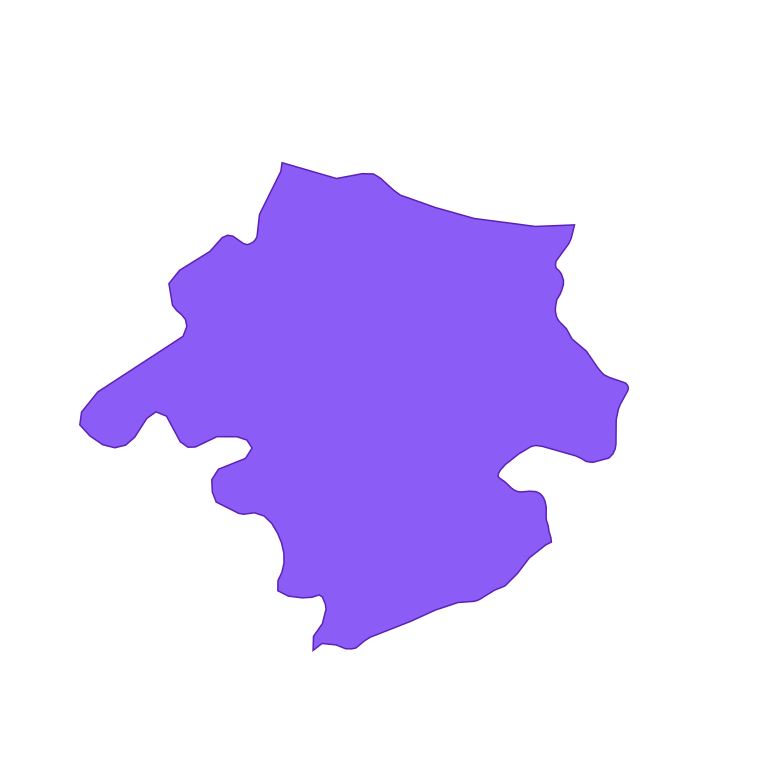 Caserta, Equal Earth projection, rotated 136°
{"feature_id": "ITA-5396", "entity_name": "Caserta", "entity_type": "Province", "adm_level": 1, "iso_a3": "ITA", "parent_name": "Italy", "parent_adm1": "", "projection": "equal_earth", "projection_center": [14.158, 41.216], "detail": "fine", "context": "isolated", "style": "filled", "palette": "violet", "viewbox_px": 768, "rotation_deg": 136, "n_neighbors": 0, "source": "natural_earth", "source_scale": "10m", "svg_char_len": 2187}
<svg xmlns="http://www.w3.org/2000/svg" viewBox="0 0 768 768"><g transform="rotate(136 384 384)"><path d="M303.6,614.0L275.5,564.9L253.4,550.3L245.7,542.4L243.6,534.6L242.5,517.0L241.1,508.6L224.6,475.5L204.2,440.5L165.8,392.3L136.4,366.1L147.7,359.0L153.5,356.6L174.9,352.9L178.1,350.4L179.7,347.5L179.4,343.8L180.0,339.9L182.8,334.0L186.0,330.8L191.0,328.0L195.4,326.1L201.2,324.6L206.3,320.9L209.5,318.1L211.5,315.3L213.0,312.8L214.0,310.2L214.5,307.1L214.4,297.0L217.5,285.7L215.6,267.0L218.9,247.6L219.4,242.0L219.3,237.8L217.4,232.3L209.5,216.7L209.8,213.6L211.1,211.2L213.4,209.8L228.2,205.2L232.8,203.1L240.8,197.7L242.1,196.7L258.9,179.6L263.0,176.6L267.9,174.7L273.6,174.5L287.9,182.4L290.1,184.8L292.4,188.0L293.9,193.7L296.0,199.1L313.6,229.4L317.3,234.1L319.5,235.7L322.2,237.0L335.5,240.1L352.9,241.8L359.9,241.2L363.1,240.4L366.0,238.6L366.3,236.3L365.1,230.3L364.8,226.6L364.7,221.3L364.0,217.1L362.2,213.2L359.9,210.7L354.0,206.0L349.9,201.6L348.6,199.1L347.9,196.4L347.9,193.3L348.6,190.5L349.7,187.7L352.7,182.9L360.2,175.2L361.9,173.0L364.5,167.7L367.7,163.4L370.7,157.5L373.4,154.0L379.4,155.9L400.3,158.0L419.6,155.0L437.2,154.7L447.6,158.9L464.7,162.6L467.9,163.8L470.3,165.2L482.7,175.5L504.0,185.7L529.8,194.8L537.7,198.1L569.7,211.4L576.4,212.8L587.5,213.6L591.2,215.9L595.5,220.2L599.8,229.7L608.8,240.4L620.1,241.6L610.0,251.5L594.8,254.4L582.1,262.3L579.0,266.6L576.3,273.6L577.1,277.2L584.2,280.8L591.4,287.0L600.1,297.8L604.0,309.0L596.9,316.2L588.2,319.5L580.4,324.6L573.6,331.8L568.0,341.0L564.1,350.8L561.6,361.6L561.9,372.2L566.6,381.3L575.5,387.9L578.4,391.9L586.7,415.6L582.5,425.6L574.4,434.8L562.3,437.7L535.3,426.7L523.4,429.6L521.6,438.9L526.5,448.3L540.8,462.2L563.4,469.7L568.9,474.7L570.7,483.9L562.8,511.9L567.4,522.4L578.6,524.0L600.3,518.9L612.3,519.5L621.9,525.1L628.5,535.7L631.6,550.9L631.2,565.9L621.1,573.9L595.4,577.1L495.4,557.9L485.8,562.4L482.0,568.4L481.5,574.4L482.1,580.8L481.4,587.6L469.0,605.6L452.0,607.8L417.2,600.3L398.7,601.7L393.1,599.6L389.9,595.1L387.6,582.8L385.6,579.2L382.5,577.8L379.3,577.0L376.0,577.2L372.9,578.3L355.7,592.5L310.5,608.6L303.6,614.0Z" fill="#8b5cf6" stroke="#5b21b6" stroke-width="1.5"/></g></svg>